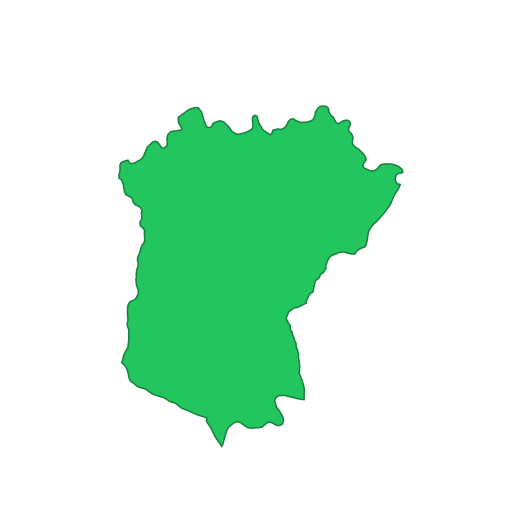 Kengkhar, Mongar, Bhutan, rotated 242°
{"feature_id": "84629894B5600301866279", "entity_name": "Kengkhar", "entity_type": "district", "adm_level": 2, "iso_a3": "BTN", "parent_name": "Bhutan", "parent_adm1": "Mongar", "projection": "robinson", "projection_center": [91.304, 27.128], "detail": "fine", "context": "isolated", "style": "filled", "palette": "green", "viewbox_px": 512, "rotation_deg": 242, "n_neighbors": 0, "source": "geoboundaries", "source_scale": "gbopen_adm2", "svg_char_len": 5329}
<svg xmlns="http://www.w3.org/2000/svg" viewBox="0 0 512 512"><g transform="rotate(242 256 256)"><path d="M357.9,382.7L357.3,379.7L355.0,375.7L352.4,374.2L349.8,370.7L349.5,367.6L350.3,363.8L352.8,358.4L356.8,354.7L359.7,353.3L360.5,350.6L359.4,347.5L357.9,345.6L355.8,341.9L355.9,337.5L358.0,334.7L359.1,329.9L357.6,328.5L356.3,326.7L356.5,325.5L362.4,322.1L364.9,321.2L373.0,321.0L376.3,322.0L379.4,322.4L380.9,320.7L380.5,318.4L378.3,317.0L373.2,314.9L370.3,313.0L369.7,310.0L370.0,304.2L371.9,296.9L374.3,294.9L377.9,293.1L382.2,292.8L389.7,290.4L392.3,287.7L393.2,283.2L393.2,280.3L390.9,277.3L391.5,274.7L392.9,273.3L395.3,273.1L401.2,273.9L408.8,275.5L413.8,274.7L415.6,272.0L416.8,265.9L415.0,252.6L413.3,251.6L409.9,250.1L404.4,250.4L402.6,250.2L402.5,248.5L403.1,246.8L405.9,239.2L404.6,235.2L401.6,232.5L397.2,230.7L394.9,228.8L394.6,226.0L394.6,224.6L395.6,223.6L402.5,222.6L404.7,220.9L405.1,218.2L404.1,214.5L403.2,211.2L396.5,203.0L395.3,199.9L395.2,192.7L395.9,189.4L397.3,188.0L400.7,188.0L401.6,184.2L401.6,183.2L401.9,181.2L401.5,180.4L400.8,179.4L399.6,178.1L397.8,177.6L396.0,176.3L394.2,175.3L392.9,173.8L391.3,172.7L390.0,172.0L388.7,171.6L387.7,172.5L385.6,173.0L382.5,172.5L380.7,172.3L379.5,171.7L378.7,171.2L377.0,171.0L375.6,170.4L374.4,170.1L373.2,170.1L371.5,169.7L369.1,171.3L368.0,172.1L366.9,173.1L365.5,173.4L363.8,173.6L361.3,172.8L359.8,173.1L357.8,173.5L355.9,175.1L353.1,176.8L350.6,176.7L349.7,176.7L348.2,175.5L347.2,174.6L345.0,174.2L343.5,173.2L341.7,171.7L340.6,169.6L339.3,168.9L338.3,168.4L336.3,168.2L334.2,169.2L332.1,169.6L330.4,169.5L328.6,168.1L327.0,167.5L325.2,166.5L323.4,166.1L322.4,165.2L321.1,164.1L319.8,162.6L319.3,160.9L318.2,159.6L316.6,157.5L315.1,156.6L313.8,155.0L312.3,153.7L310.9,151.4L309.0,150.0L307.7,149.3L304.9,148.7L303.6,147.8L301.7,146.5L300.1,144.5L298.2,143.1L296.5,142.0L295.5,141.4L293.5,140.5L291.8,139.0L290.4,138.4L289.0,137.9L287.1,136.9L284.6,136.6L282.7,136.2L280.7,136.0L277.4,133.7L276.0,131.5L275.0,130.2L274.6,128.9L274.5,127.5L274.5,125.9L274.7,124.4L274.9,123.6L273.9,121.5L272.6,119.9L271.0,118.6L268.6,117.1L264.3,114.9L261.7,113.8L259.6,112.9L258.5,112.2L257.3,110.8L255.8,110.0L254.4,109.5L253.1,109.4L250.7,109.0L247.2,107.2L243.2,105.1L240.2,103.2L235.7,100.2L234.8,98.8L233.9,97.5L232.8,95.7L231.3,93.7L230.3,92.5L228.8,91.1L226.5,89.0L224.9,87.3L222.6,88.3L220.4,88.8L219.1,88.9L216.8,88.8L214.9,88.6L212.7,88.2L211.5,87.8L209.7,87.0L207.5,86.6L206.0,86.4L204.3,86.6L203.1,86.9L202.1,87.7L200.8,88.4L198.5,89.2L196.6,90.0L195.4,90.8L194.4,91.8L193.1,93.2L191.8,94.6L190.6,95.8L189.3,96.6L188.0,97.2L186.4,97.9L184.7,98.8L183.1,99.6L180.9,101.5L178.7,103.6L177.0,105.1L175.2,107.1L174.0,108.2L172.0,109.5L169.0,111.0L167.9,111.7L166.6,113.0L165.3,114.4L164.0,115.5L162.3,116.5L159.3,117.7L157.4,118.5L156.1,119.1L152.9,122.1L151.4,123.4L148.2,125.8L145.3,128.0L141.9,131.0L140.1,132.8L138.3,134.8L136.3,136.5L134.7,135.7L133.0,134.6L125.9,135.4L114.9,135.1L104.0,136.4L105.1,138.1L115.2,147.7L117.9,151.7L119.1,158.7L118.2,162.3L115.9,164.3L111.8,166.2L108.4,168.1L106.0,171.3L103.1,178.1L102.1,180.6L102.9,184.9L103.6,188.2L102.2,191.1L96.6,194.9L95.2,197.4L95.3,200.8L99.4,203.9L103.4,204.1L108.1,204.0L113.1,203.1L119.9,204.8L121.4,206.8L122.1,210.5L119.3,216.0L110.3,226.0L107.0,230.3L106.6,231.1L108.5,232.0L115.0,235.8L118.2,237.0L121.3,237.7L129.0,238.8L133.2,239.2L133.5,240.2L134.3,240.6L135.8,241.4L137.2,242.2L138.4,243.2L140.8,243.7L142.8,244.7L144.6,245.4L146.4,245.7L148.5,247.2L150.7,247.7L152.4,248.2L154.1,248.6L156.6,248.8L158.2,249.4L159.8,250.2L161.2,250.5L162.6,250.6L163.6,250.4L167.7,251.4L168.7,251.1L170.2,251.6L171.4,251.8L172.5,252.3L174.4,251.7L175.7,252.2L177.3,253.0L178.6,253.5L179.6,253.6L180.9,253.4L182.0,253.0L183.8,253.4L185.0,253.2L186.2,253.2L187.2,253.7L188.1,254.8L189.3,256.3L191.3,258.6L191.9,261.9L192.2,265.4L191.1,268.9L190.9,275.2L190.8,278.3L192.4,279.2L194.7,282.0L195.7,283.4L196.7,284.9L197.4,286.5L197.3,288.7L198.5,290.5L200.2,291.6L203.2,294.1L205.7,296.2L206.3,297.1L206.5,298.8L206.7,300.1L207.5,302.3L208.4,303.1L209.7,304.5L209.5,307.2L211.0,310.0L212.2,311.9L215.2,313.5L217.0,315.7L218.5,317.4L220.6,321.0L220.8,323.6L220.7,326.0L220.2,327.8L220.2,330.8L218.4,335.5L215.3,338.5L212.3,342.1L211.4,344.3L212.9,346.9L213.6,350.9L213.0,356.6L214.4,358.7L216.1,360.1L217.2,361.2L222.9,365.3L225.8,368.3L228.5,373.2L230.2,379.9L233.8,389.4L238.3,398.7L245.2,407.2L248.6,413.5L251.4,416.9L252.5,415.6L254.0,414.5L257.5,414.5L259.3,415.4L262.0,418.3L262.0,419.7L261.9,421.3L260.9,423.5L261.2,425.1L264.1,425.6L267.7,424.2L270.2,422.3L272.6,419.9L274.2,417.7L275.8,414.9L277.2,412.2L277.8,410.0L277.8,408.0L276.7,405.7L276.0,404.0L275.8,401.3L276.6,398.0L278.2,396.3L280.2,394.8L283.4,392.6L285.5,392.6L287.1,394.1L287.9,395.7L288.9,397.8L290.1,399.0L293.8,399.0L295.7,398.7L298.7,398.0L301.9,396.8L302.7,396.5L304.2,395.4L306.8,394.3L309.2,394.0L311.2,394.4L312.7,395.5L314.9,397.2L317.3,397.7L318.7,397.7L320.3,397.4L321.8,396.7L323.2,396.8L325.2,397.7L326.6,399.4L327.9,401.1L329.0,401.7L330.9,401.7L332.5,401.0L333.7,399.3L334.4,396.5L334.4,394.6L334.0,392.0L334.5,390.2L336.5,389.5L339.1,389.3L342.5,389.4L344.8,388.3L347.7,388.0L349.7,388.2L351.9,389.1L353.5,389.1L354.6,388.5L355.6,387.8L357.4,384.6L357.9,382.7Z" fill="#22c55e" stroke="#15803d" stroke-width="1.5"/></g></svg>